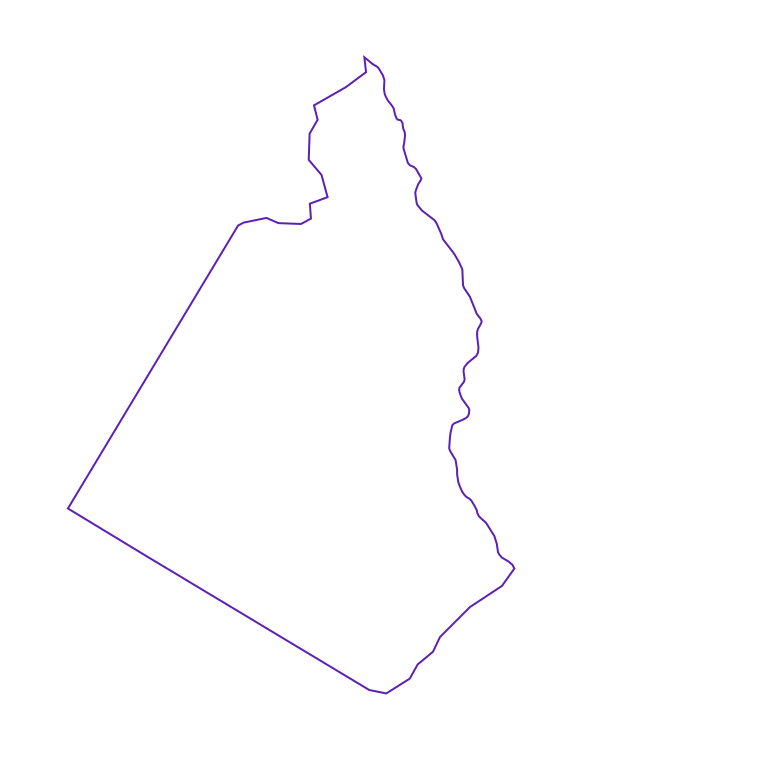 outline of Buffalo, Wisconsin, United States of America, rotated 211°
{"feature_id": "52423323B72529674503227", "entity_name": "Buffalo", "entity_type": "district", "adm_level": 2, "iso_a3": "USA", "parent_name": "United States of America", "parent_adm1": "Wisconsin", "projection": "natural_earth1", "projection_center": [-91.809, 44.311], "detail": "fine", "context": "isolated", "style": "outline", "palette": "violet", "viewbox_px": 768, "rotation_deg": 211, "n_neighbors": 0, "source": "geoboundaries", "source_scale": "gbopen_adm2", "svg_char_len": 1762}
<svg xmlns="http://www.w3.org/2000/svg" viewBox="0 0 768 768"><g transform="rotate(211 384 384)"><path d="M500.5,114.1L319.5,114.1L239.0,114.1L222.7,119.9L210.2,144.7L210.7,161.0L204.1,179.8L205.7,195.9L195.4,237.2L178.9,271.7L177.2,293.0L180.9,295.2L185.6,296.0L193.6,295.9L197.4,297.2L199.6,298.5L205.0,305.1L211.1,310.5L225.1,317.6L233.2,319.1L235.0,319.8L237.4,321.4L238.7,322.7L239.4,323.5L244.0,326.4L249.0,329.0L251.5,329.6L255.6,329.7L258.3,330.5L261.8,332.1L266.7,335.6L269.8,338.2L274.8,344.2L277.2,348.2L283.4,355.6L293.1,360.8L295.1,362.6L300.3,372.9L302.1,377.2L304.1,383.5L304.1,384.5L303.5,386.5L298.5,393.3L296.2,397.0L295.5,399.2L295.8,402.0L297.6,405.8L299.0,407.0L309.9,411.7L315.1,415.9L316.9,418.2L317.4,419.8L316.6,426.9L317.2,429.4L322.3,435.8L323.3,437.6L323.8,439.9L323.2,444.9L319.4,455.6L319.6,459.4L321.8,463.9L328.9,473.1L331.0,476.6L331.8,479.7L332.0,486.2L332.7,488.2L334.8,489.6L340.8,492.0L345.2,495.4L355.4,503.1L364.6,507.4L367.1,509.3L375.9,522.6L382.8,527.3L391.4,532.0L407.9,538.4L412.3,542.2L421.2,548.5L424.9,550.4L440.7,552.2L447.5,554.6L448.9,555.7L449.3,556.0L455.7,564.0L456.5,566.7L457.6,573.0L457.5,578.4L458.0,579.6L467.1,584.7L470.1,585.4L474.3,584.8L477.4,585.8L488.3,595.7L489.6,597.5L491.0,601.4L493.9,607.7L495.8,610.4L499.3,613.0L502.6,617.3L505.0,618.5L505.9,618.6L508.1,617.7L509.9,618.0L513.5,620.8L517.5,625.1L520.6,626.7L526.9,629.1L530.6,631.3L532.9,633.1L535.8,636.6L540.2,644.8L544.3,648.2L551.4,652.0L553.4,652.4L558.4,652.4L569.1,653.9L560.0,642.1L569.6,618.8L587.5,586.8L577.0,576.3L576.7,560.3L564.0,537.4L545.2,531.0L528.6,515.1L540.4,500.4L531.8,488.1L537.6,478.4L557.4,467.5L570.3,465.8L587.5,450.0L590.7,444.6L590.8,114.5L500.5,114.1Z" fill="none" stroke="#5b21b6" stroke-width="2"/></g></svg>